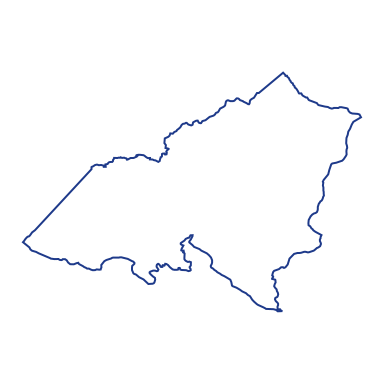 Abangares, Guanacaste, Costa Rica
{"feature_id": "36466004B17800837418236", "entity_name": "Abangares", "entity_type": "district", "adm_level": 2, "iso_a3": "CRI", "parent_name": "Costa Rica", "parent_adm1": "Guanacaste", "projection": "orthographic", "projection_center": [-85.008, 10.251], "detail": "fine", "context": "isolated", "style": "outline", "palette": "blue", "viewbox_px": 384, "rotation_deg": 0, "n_neighbors": 0, "source": "geoboundaries", "source_scale": "gbopen_adm2", "svg_char_len": 6045}
<svg xmlns="http://www.w3.org/2000/svg" viewBox="0 0 384 384"><path d="M257.0,93.0L254.0,97.7L251.5,99.1L250.2,100.3L249.9,101.1L249.6,103.3L249.1,104.2L248.2,104.2L246.5,103.1L243.3,101.6L243.0,101.2L240.0,100.1L238.9,98.9L237.9,98.4L236.6,98.4L234.4,100.7L233.1,101.1L230.3,101.1L228.1,100.3L227.3,100.4L226.3,101.1L225.9,101.8L225.1,105.5L223.6,106.8L220.1,108.6L218.4,111.6L217.6,112.4L216.6,112.6L215.9,113.0L215.4,113.6L215.2,114.3L213.6,115.6L209.6,116.9L205.5,120.2L202.4,121.1L201.1,123.1L200.3,123.2L198.9,122.7L198.5,122.2L197.7,120.6L197.1,120.6L196.0,120.8L193.3,122.2L193.0,122.7L192.6,124.7L191.6,125.3L190.8,125.3L188.3,124.5L186.7,122.9L185.8,122.9L184.7,123.6L183.1,123.8L182.5,124.2L181.6,125.0L180.3,127.3L178.4,129.0L177.2,129.8L176.4,131.1L174.3,132.0L172.8,133.7L170.3,133.4L169.6,135.6L168.3,136.8L164.8,138.4L164.4,143.1L165.9,145.1L165.5,148.0L167.8,148.5L168.6,148.8L168.6,149.1L167.1,150.3L166.3,151.5L166.8,152.7L166.5,154.3L165.6,154.5L164.8,154.4L164.6,153.5L162.7,153.6L162.0,154.0L161.9,156.4L161.6,156.8L160.6,157.3L160.5,158.2L160.1,159.0L159.7,161.0L158.3,161.9L155.5,160.4L154.0,160.2L152.6,159.5L149.9,159.4L150.0,158.0L148.0,158.1L147.4,157.9L145.6,156.7L144.6,155.8L143.5,155.2L140.0,154.8L138.2,154.8L136.5,155.2L136.4,155.4L137.3,156.0L136.5,156.8L135.6,157.0L134.6,157.6L133.3,158.0L130.6,158.0L127.6,159.6L126.9,159.6L126.8,158.8L126.4,158.4L125.3,158.2L124.2,157.7L122.0,157.9L120.6,157.3L120.0,157.8L118.9,157.6L117.4,158.0L114.1,157.9L113.9,158.8L113.1,159.8L113.0,161.0L112.3,161.9L110.1,162.0L109.0,162.3L108.1,163.1L107.6,164.0L105.5,164.4L105.7,166.8L103.8,166.8L103.8,165.5L103.0,165.5L101.2,165.0L98.8,165.2L97.4,164.7L96.3,164.7L94.7,165.2L93.4,166.2L91.9,166.8L91.5,167.1L91.5,169.2L35.0,230.2L32.1,232.4L29.9,235.5L28.9,236.4L27.9,236.6L26.8,237.4L25.0,239.5L24.3,240.7L23.0,242.2L29.4,247.4L30.4,249.4L32.0,250.7L36.1,251.9L38.7,253.3L50.0,258.1L50.8,258.6L54.5,259.1L58.5,259.0L59.5,259.8L61.1,260.1L61.9,260.0L62.7,259.2L65.1,259.2L66.7,260.3L68.1,262.5L70.2,264.2L73.8,264.3L76.5,263.2L78.3,262.8L78.6,263.6L79.3,264.2L82.9,266.1L84.4,267.2L85.6,267.6L87.1,268.6L88.9,268.6L91.1,269.7L92.8,270.2L95.1,270.1L96.7,269.4L99.4,269.7L100.7,269.5L100.9,268.5L101.4,267.6L101.3,265.0L104.3,261.2L106.4,260.0L111.1,258.5L112.2,257.8L113.2,257.6L118.9,257.6L120.0,257.3L121.3,257.3L127.8,258.9L132.0,261.1L133.4,261.7L134.5,263.0L134.3,263.9L132.2,265.9L132.0,267.7L132.0,270.1L133.4,273.3L134.3,274.0L135.5,274.3L136.2,274.7L139.1,277.2L143.5,279.4L148.4,284.0L152.7,283.7L153.8,283.2L154.4,282.4L155.2,279.7L154.9,277.8L153.0,276.5L150.6,274.3L149.6,273.0L149.6,272.3L150.2,271.7L153.1,270.6L155.0,270.6L156.8,271.2L157.7,271.0L158.4,269.6L156.6,266.8L156.6,265.9L156.9,264.7L157.9,263.9L158.5,263.9L159.1,264.4L160.1,265.6L160.7,266.8L161.2,267.0L162.3,266.9L162.3,266.0L162.7,265.2L163.0,265.1L163.7,265.7L164.3,265.7L164.6,265.5L165.2,263.8L166.4,264.0L168.1,265.1L169.9,267.2L172.6,269.4L174.3,269.8L176.8,269.8L178.0,269.6L178.5,268.0L179.5,267.9L179.8,268.0L180.3,269.6L181.8,270.0L186.2,270.2L188.4,271.1L189.9,270.8L190.7,270.2L190.6,269.0L189.7,267.6L189.6,267.1L190.8,265.5L190.9,262.2L189.3,261.6L188.5,261.9L187.7,261.9L185.7,260.8L184.7,259.7L184.4,259.1L184.4,257.7L184.6,253.5L184.2,253.0L183.1,252.4L183.2,252.0L183.8,251.6L183.6,250.6L182.0,250.7L181.3,250.4L181.4,249.5L181.7,248.7L183.4,245.5L181.8,244.9L180.8,244.2L180.7,243.3L181.0,242.9L184.4,240.6L185.7,238.9L187.9,237.9L189.1,237.7L190.5,235.3L192.6,235.2L192.5,236.2L190.8,239.5L189.3,241.5L189.3,242.4L192.5,245.1L194.1,246.9L199.5,249.1L201.3,250.6L206.8,253.3L209.0,255.2L211.0,257.5L212.1,260.2L212.1,262.7L211.6,264.3L210.8,265.7L210.8,266.5L211.2,267.5L213.2,268.7L214.3,269.9L216.1,271.0L217.3,272.2L220.2,273.8L221.6,274.9L224.4,276.2L230.3,279.7L231.3,282.1L232.0,285.5L232.5,286.1L236.5,287.7L239.9,289.7L242.2,291.4L246.0,293.2L247.9,295.0L250.0,296.2L252.2,299.7L254.0,301.6L256.8,304.1L258.0,304.9L263.5,307.4L265.5,308.5L266.0,308.9L273.5,309.2L276.0,309.9L277.8,311.3L282.4,311.1L281.3,310.7L280.6,310.1L280.1,309.3L277.8,309.2L277.6,308.9L277.5,306.6L278.1,305.1L278.1,303.7L277.5,302.7L275.8,301.1L275.0,299.4L275.2,298.2L275.5,297.8L277.0,297.1L277.6,296.5L278.2,294.3L277.8,292.6L276.9,291.1L276.6,289.4L275.0,287.6L274.2,286.3L274.3,285.6L274.9,283.7L275.6,282.5L275.4,280.1L275.2,279.7L272.1,278.9L272.1,278.5L273.2,276.9L273.1,276.3L272.2,275.5L272.8,273.1L273.3,271.8L274.2,270.8L279.0,269.1L281.1,267.3L283.0,267.2L283.6,267.8L284.5,267.8L285.6,267.1L287.7,264.5L289.5,258.6L294.1,253.9L297.4,253.0L299.4,253.0L301.0,252.8L304.2,251.8L305.6,251.8L307.9,252.4L309.1,252.2L313.6,250.7L314.4,250.2L316.9,248.0L318.4,247.4L320.1,246.2L320.9,244.2L320.9,243.3L319.9,241.0L319.9,239.4L320.5,238.4L320.6,237.0L321.5,235.1L315.4,231.8L313.3,230.3L312.6,229.2L311.4,228.3L310.2,226.3L308.6,225.3L308.4,223.3L308.7,220.0L310.7,216.2L311.1,215.9L312.1,214.7L313.9,213.5L315.6,213.0L316.9,212.1L317.6,210.4L317.8,209.2L317.8,206.9L318.9,203.5L319.7,202.7L320.3,201.5L321.5,200.7L322.1,199.9L322.7,198.6L323.2,196.8L323.9,195.6L323.7,193.6L323.7,191.9L323.4,190.6L323.4,187.5L322.9,185.4L323.3,182.6L322.8,181.8L323.7,179.9L328.2,174.4L329.3,170.0L331.2,164.4L332.2,163.5L336.3,162.7L342.2,160.7L343.7,159.2L346.0,155.8L346.6,154.5L346.4,151.3L346.6,149.4L347.2,147.9L347.0,146.0L346.2,143.3L346.4,139.1L346.5,137.9L347.7,134.8L348.3,131.6L350.0,128.9L351.8,124.5L353.4,121.8L361.0,117.3L359.5,114.5L357.7,113.9L352.3,113.5L350.2,112.7L348.7,111.2L347.6,108.6L346.6,108.2L341.4,107.2L340.5,107.2L339.6,107.2L338.4,108.0L334.0,107.9L333.1,108.3L331.8,108.6L329.7,108.0L327.9,107.0L325.0,106.6L318.6,105.1L317.8,104.5L317.1,103.3L316.6,103.0L309.4,100.3L308.7,99.9L307.2,97.5L306.0,97.5L303.2,95.9L302.4,95.3L301.3,93.4L299.2,93.5L298.8,93.1L298.1,91.5L296.6,89.1L295.9,88.3L294.8,87.5L294.6,86.3L293.2,84.9L292.8,83.4L291.8,82.9L290.7,81.7L290.5,80.9L289.6,79.9L288.8,78.0L287.4,76.9L287.0,75.8L285.5,75.9L285.3,75.0L283.1,72.7L258.8,93.0L257.0,93.0Z" fill="none" stroke="#1e3a8a" stroke-width="2"/></svg>